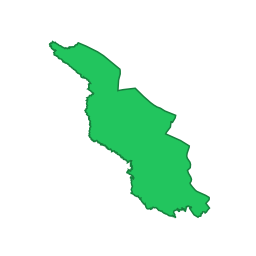 outline of Khagrachhari, Chittagong, Bangladesh, rotated 316°
{"feature_id": "16705992B35326431749719", "entity_name": "Khagrachhari", "entity_type": "district", "adm_level": 2, "iso_a3": "BGD", "parent_name": "Bangladesh", "parent_adm1": "Chittagong", "projection": "natural_earth1", "projection_center": [91.852, 23.211], "detail": "fine", "context": "isolated", "style": "filled", "palette": "green", "viewbox_px": 256, "rotation_deg": 316, "n_neighbors": 0, "source": "geoboundaries", "source_scale": "gbopen_adm2", "svg_char_len": 5838}
<svg xmlns="http://www.w3.org/2000/svg" viewBox="0 0 256 256"><g transform="rotate(316 128 128)"><path d="M124.5,242.7L126.3,242.9L127.8,242.4L131.0,242.2L131.7,236.3L136.0,236.0L137.1,235.5L138.1,234.3L137.1,230.5L133.4,221.2L133.2,219.0L133.4,215.3L133.8,212.0L134.3,210.7L136.5,210.1L138.0,209.0L139.0,206.9L140.0,202.7L141.3,199.8L145.2,199.8L147.7,197.6L148.8,195.6L149.6,191.1L150.7,189.0L153.0,187.2L158.6,184.3L159.6,183.5L157.1,173.6L151.0,158.4L152.6,157.8L159.1,156.8L163.3,153.4L163.8,153.8L163.7,154.7L164.1,154.8L168.9,153.5L171.1,152.0L166.3,141.3L165.1,136.4L163.5,133.1L162.5,129.4L161.8,125.1L161.1,116.2L160.8,104.4L151.2,97.1L146.7,94.1L154.5,87.0L159.9,83.7L162.1,81.4L163.0,80.1L160.6,59.0L159.0,52.1L154.8,40.2L151.4,32.2L150.5,32.1L149.4,32.8L148.4,32.0L147.1,31.8L146.3,32.4L145.2,32.0L145.0,31.4L144.1,30.9L143.2,29.9L141.9,29.9L142.3,29.2L142.1,28.9L141.5,28.9L140.7,29.5L140.2,28.7L139.4,28.7L139.0,27.1L137.8,27.0L137.7,25.5L137.2,25.2L136.9,23.5L136.7,23.4L136.7,22.3L135.7,20.5L135.8,19.7L135.1,17.1L135.1,15.7L134.2,15.5L133.8,13.4L131.8,14.2L131.6,13.3L130.9,13.4L130.4,13.1L129.9,13.2L129.9,13.6L129.4,14.0L129.4,14.9L128.7,15.0L128.8,16.1L129.5,16.1L128.3,17.7L128.6,18.3L128.5,19.3L129.0,19.7L128.7,20.3L129.0,21.0L129.9,21.3L130.0,22.1L127.0,22.2L126.9,23.3L126.2,23.4L125.7,24.2L126.7,26.2L126.5,26.6L127.2,27.4L126.9,27.7L126.9,29.4L126.6,29.6L127.0,30.3L126.8,30.5L127.4,31.2L128.0,32.6L127.7,33.1L128.0,34.4L127.2,35.0L127.7,36.3L128.0,36.3L128.2,37.0L128.0,37.6L129.0,39.0L129.0,40.2L129.4,40.5L129.3,42.1L129.0,42.5L129.6,44.9L129.4,45.6L129.8,46.6L129.6,48.0L130.2,48.9L130.0,49.8L130.4,50.6L129.8,51.8L130.2,53.0L129.9,53.4L131.3,56.9L131.1,57.3L130.3,57.5L129.8,59.0L130.5,60.6L131.3,60.5L131.1,60.8L131.6,61.3L131.3,61.8L131.9,62.3L132.5,64.1L132.0,64.8L132.8,66.3L132.5,66.4L132.1,67.3L132.4,68.5L132.1,69.8L131.8,69.4L130.1,69.1L130.2,70.6L129.8,69.9L129.5,70.0L128.2,71.3L128.2,71.9L127.8,72.1L127.7,71.7L127.1,72.1L126.2,72.0L126.5,72.6L126.4,73.6L127.0,75.5L126.8,76.2L127.3,78.9L126.9,78.8L126.3,79.5L125.7,79.2L125.8,78.8L125.5,78.7L123.9,79.2L123.5,78.2L122.8,77.9L122.1,78.4L121.2,78.5L119.4,77.7L119.3,78.7L118.6,79.7L117.9,79.2L117.1,79.3L117.4,80.1L117.0,80.7L115.1,81.7L114.7,82.4L114.6,83.5L113.4,83.8L112.2,85.4L111.1,85.1L110.4,85.7L109.4,85.5L109.4,86.4L108.6,86.8L108.8,89.1L107.7,89.5L108.0,93.0L107.0,93.2L106.9,94.2L106.7,94.4L106.3,94.0L105.8,94.6L105.7,97.0L104.6,97.3L104.4,98.3L103.9,98.9L103.5,98.4L102.8,98.8L102.9,99.3L102.3,99.8L102.6,100.4L102.0,101.3L101.0,101.3L99.9,102.0L99.6,102.7L98.0,103.2L97.3,104.7L96.2,105.0L95.8,106.0L95.6,105.8L94.9,106.5L94.5,106.5L94.7,107.4L94.2,107.9L94.1,108.5L94.4,109.7L94.2,110.2L93.8,110.4L94.1,110.8L93.8,111.4L94.1,111.8L93.7,112.1L93.9,112.6L94.2,112.7L94.0,113.5L94.3,113.5L94.4,114.1L94.8,114.3L94.6,114.5L94.9,114.8L95.3,114.7L95.1,114.5L95.4,114.4L95.9,115.1L96.9,115.3L96.8,116.5L96.5,116.9L96.9,117.4L96.8,117.9L96.5,118.0L96.8,118.4L97.1,118.1L97.4,118.7L97.1,119.1L97.5,120.1L96.7,121.0L97.3,121.8L97.6,121.4L97.5,121.0L98.0,121.0L98.4,121.9L98.2,121.9L98.2,123.3L98.9,124.2L98.8,124.4L99.4,124.6L99.2,125.0L99.4,124.8L99.5,125.3L99.3,125.8L99.6,126.5L98.9,126.8L98.8,127.1L99.5,127.7L99.5,128.4L99.5,128.8L99.0,128.7L99.0,129.5L99.7,130.7L100.3,130.9L100.1,131.0L100.3,131.4L100.7,131.4L100.7,132.8L100.1,133.4L100.5,133.4L100.6,134.0L101.2,134.0L102.2,135.0L101.7,135.5L101.8,136.1L102.3,135.9L102.0,136.1L102.3,136.7L102.1,136.6L102.2,137.0L101.9,137.4L102.9,138.1L102.3,138.7L102.2,139.8L103.0,140.6L102.9,141.4L103.7,142.5L103.5,142.8L103.1,142.6L102.6,144.6L103.0,145.0L103.1,144.3L103.2,144.9L103.8,145.1L103.8,145.5L103.3,145.7L103.6,146.1L103.2,146.9L103.4,147.4L103.1,147.6L103.5,148.2L103.9,148.2L104.4,149.8L104.1,150.2L104.3,150.6L104.3,152.0L103.5,152.6L104.9,153.0L104.9,152.5L105.7,152.6L106.8,153.1L107.0,153.6L107.3,153.4L107.7,153.9L107.1,154.0L107.2,154.4L106.8,154.6L106.5,154.3L106.2,154.9L105.3,155.3L105.6,156.0L104.7,156.8L104.4,156.1L103.8,156.7L104.2,157.0L104.4,157.7L104.0,158.0L104.4,158.4L104.0,158.6L103.5,158.2L103.6,158.9L103.2,159.1L103.3,159.8L102.2,159.6L102.2,160.5L100.9,160.1L100.0,160.7L99.9,160.1L100.3,159.6L99.9,159.2L99.2,159.3L99.2,158.6L98.9,159.0L99.0,159.6L98.5,159.3L98.3,158.7L96.4,159.1L96.2,159.7L97.2,161.0L97.2,161.7L96.9,162.0L97.8,163.7L97.8,164.5L98.0,165.3L98.1,166.2L97.8,166.9L97.2,166.3L97.5,168.0L96.3,168.4L96.1,167.3L96.4,165.9L95.8,165.3L95.3,165.4L95.1,165.7L95.9,167.1L95.2,166.8L93.9,167.8L94.0,168.6L92.5,169.5L91.0,171.9L90.8,172.9L87.5,174.6L86.5,177.1L85.8,177.3L85.1,176.9L84.9,177.3L85.5,178.0L86.1,180.7L85.9,181.1L86.8,183.4L87.9,184.0L87.5,184.6L87.4,185.7L87.8,186.4L87.4,187.1L88.3,187.4L87.4,187.9L87.7,188.2L87.3,188.7L86.8,191.2L87.0,191.9L86.5,193.2L87.0,194.2L86.9,195.0L87.3,194.8L85.9,197.7L85.7,199.2L86.1,200.0L87.6,201.2L88.1,201.2L87.8,202.2L88.9,202.7L89.5,202.2L90.0,202.6L91.0,202.4L91.6,203.8L92.8,204.6L93.1,206.5L92.9,207.2L92.9,208.7L93.6,209.7L93.9,210.7L94.7,211.3L94.4,212.1L94.8,214.6L95.3,214.8L95.3,215.8L96.0,216.7L96.6,219.6L98.0,221.5L99.3,221.9L98.9,223.1L100.0,224.0L99.8,225.1L100.1,225.2L100.7,224.4L100.6,223.1L101.6,222.7L101.8,221.4L102.3,220.2L103.3,219.7L104.5,219.8L105.2,220.5L107.5,220.4L107.4,221.0L106.7,221.7L106.6,223.2L107.1,223.6L107.7,223.3L108.0,222.2L108.2,222.9L108.8,223.0L109.5,224.1L110.7,224.9L110.5,224.0L110.9,223.8L111.1,223.0L111.5,223.2L111.5,224.2L112.2,225.0L111.1,226.6L111.5,227.7L113.7,226.4L114.9,225.4L115.1,225.6L115.5,225.2L116.2,225.7L117.1,225.8L117.5,226.3L117.3,227.2L117.5,227.8L118.3,228.2L118.6,228.7L118.3,229.3L117.8,229.2L117.2,228.4L116.7,228.5L116.5,228.9L115.2,236.3L116.4,240.8L117.8,240.8L119.1,241.9L120.1,241.4L121.1,240.4L121.9,241.0L123.4,240.2L124.6,241.2L124.8,242.0L124.5,242.7Z" fill="#22c55e" stroke="#15803d" stroke-width="1.5"/></g></svg>